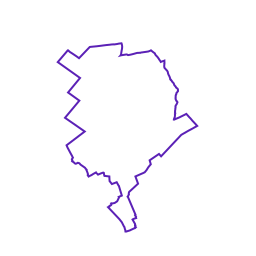 Corod, Galati, Romania, rotated 157°
{"feature_id": "2599482B26209391371274", "entity_name": "Corod", "entity_type": "district", "adm_level": 2, "iso_a3": "ROU", "parent_name": "Romania", "parent_adm1": "Galati", "projection": "equal_earth", "projection_center": [27.618, 45.942], "detail": "fine", "context": "isolated", "style": "outline", "palette": "violet", "viewbox_px": 256, "rotation_deg": 157, "n_neighbors": 0, "source": "geoboundaries", "source_scale": "gbopen_adm2", "svg_char_len": 5311}
<svg xmlns="http://www.w3.org/2000/svg" viewBox="0 0 256 256"><g transform="rotate(157 128 128)"><path d="M191.3,136.1L191.3,133.7L190.8,127.9L190.4,124.0L190.4,123.3L190.3,122.2L190.7,122.0L190.9,121.9L191.1,121.7L191.6,121.4L191.9,121.2L191.9,120.8L191.8,119.8L191.9,119.7L192.2,119.6L192.4,119.5L192.5,119.4L192.4,119.1L192.1,118.7L191.3,117.6L191.2,117.4L191.1,117.1L191.1,116.9L190.7,116.1L190.0,115.5L188.5,115.5L187.8,115.6L187.1,115.0L186.7,114.7L186.5,114.4L186.3,113.9L186.1,113.0L183.4,108.7L183.1,108.2L183.0,107.8L183.0,107.3L182.8,107.0L182.7,106.4L182.5,106.1L182.4,105.6L182.7,105.4L182.7,103.5L182.8,101.9L182.9,101.1L183.1,100.7L183.5,100.4L183.4,99.6L183.2,98.7L182.4,98.8L181.2,98.9L180.1,98.9L177.8,99.3L174.9,99.6L174.9,99.1L174.7,98.7L174.3,98.1L174.0,97.5L173.8,96.8L170.7,96.8L169.2,96.7L168.8,96.7L168.2,96.6L167.8,96.2L168.2,94.5L168.4,93.4L168.4,93.1L167.8,92.8L165.7,91.6L164.1,90.7L165.3,87.5L165.5,86.8L165.7,86.3L165.6,86.0L165.5,85.6L164.7,82.7L159.6,82.5L159.2,78.7L159.0,78.3L160.1,68.2L163.4,68.2L163.3,67.7L165.4,65.8L166.2,65.1L166.6,64.8L166.9,64.7L169.6,64.2L171.6,64.6L172.7,65.1L172.8,65.2L173.1,65.0L173.0,64.8L173.1,64.4L173.2,64.1L173.3,63.9L173.5,63.7L174.2,63.5L174.5,63.5L175.1,63.6L175.3,63.6L175.7,63.4L175.8,63.0L176.4,63.0L177.3,62.9L171.6,47.6L170.5,43.6L170.2,38.8L170.0,38.2L170.3,36.5L170.4,34.9L170.8,33.7L170.2,33.4L166.3,33.0L164.9,33.1L164.7,33.1L161.7,33.2L160.6,33.1L159.9,33.4L160.1,33.6L160.2,34.0L159.4,34.7L159.5,34.9L159.6,35.2L159.7,35.4L159.6,35.7L159.5,35.9L159.2,36.0L159.2,36.4L159.1,36.7L159.0,37.0L159.6,42.0L159.1,42.1L157.3,42.1L155.7,41.9L155.6,42.7L155.5,43.2L155.3,43.3L155.5,44.2L155.6,45.0L155.0,45.2L155.0,64.7L155.2,64.9L155.2,65.0L154.8,65.2L154.2,65.5L153.8,66.0L153.3,66.3L153.1,66.5L153.1,67.0L152.7,67.7L152.4,68.2L151.8,68.8L150.3,69.3L140.5,72.8L140.1,80.5L133.5,80.6L131.3,80.6L130.4,80.7L129.9,80.7L127.4,82.0L124.7,83.9L123.0,84.8L121.6,85.5L121.2,85.7L120.7,89.8L109.6,92.0L108.6,89.0L81.6,100.9L73.3,101.9L69.8,102.2L63.5,102.9L65.4,108.3L65.7,109.0L66.8,112.6L67.3,113.8L68.8,118.2L71.1,118.0L71.6,118.0L73.2,117.9L74.8,117.8L75.3,117.8L76.0,117.7L76.3,117.7L77.9,117.7L79.8,117.7L80.8,117.7L81.4,117.7L82.2,117.7L82.4,117.7L82.5,117.8L81.9,118.6L81.7,118.8L81.4,119.1L81.2,119.3L80.8,119.6L80.2,120.6L79.8,121.3L79.5,121.9L79.4,122.2L79.4,122.4L79.2,122.5L78.9,122.8L78.8,123.0L78.7,123.2L78.7,123.5L78.8,123.7L78.3,124.6L78.2,124.8L78.2,125.0L78.1,125.3L77.9,125.5L77.2,126.6L77.1,126.8L76.9,127.2L76.9,127.3L76.7,127.5L76.5,127.9L76.3,128.1L76.1,128.6L76.1,128.9L76.0,129.1L75.8,129.2L75.7,129.5L75.4,130.0L75.1,130.2L74.9,130.3L74.7,130.4L74.5,130.5L73.8,131.0L73.7,131.1L73.6,131.3L72.9,131.9L72.6,132.1L72.4,132.5L72.4,132.8L72.5,133.1L72.5,133.4L72.7,133.7L72.8,133.9L72.9,134.2L72.8,134.5L72.9,134.9L72.9,135.1L72.9,135.3L72.9,135.5L72.9,135.9L72.8,136.2L72.8,136.3L72.7,136.4L72.6,136.5L72.5,136.9L72.5,137.1L72.4,137.2L72.3,137.4L72.2,137.5L72.0,137.8L72.0,138.0L71.7,138.7L71.6,138.9L71.5,139.1L71.3,139.2L71.2,139.5L71.0,139.8L70.8,140.0L70.5,140.1L70.4,140.2L70.0,140.9L69.8,141.2L69.7,141.3L69.3,141.5L68.9,141.6L68.5,141.9L68.4,142.0L68.2,142.1L68.0,142.3L67.8,142.3L67.7,142.3L67.5,142.5L67.4,142.8L67.3,143.2L67.0,143.9L67.0,144.1L67.0,144.8L67.1,145.1L67.3,145.4L67.6,145.8L67.8,146.2L68.0,146.7L68.0,146.9L67.9,147.4L68.1,148.0L68.3,148.3L68.3,148.5L68.4,148.9L68.5,149.0L68.6,149.4L68.6,149.5L68.6,149.8L68.6,150.1L68.5,150.5L68.5,151.1L68.5,151.4L68.7,151.8L68.9,152.5L69.1,152.9L69.3,153.6L69.2,153.7L69.3,154.1L69.4,154.5L69.6,155.5L69.9,155.6L70.0,156.1L70.1,156.3L70.0,156.5L69.9,156.7L69.9,156.9L69.9,157.1L69.8,157.4L69.8,157.6L69.7,159.2L69.8,160.5L69.9,161.4L69.8,162.2L69.8,162.7L69.6,163.5L69.5,163.9L69.5,164.1L69.5,164.6L69.6,164.9L69.6,165.5L69.8,166.0L70.1,166.7L70.3,167.3L70.4,167.6L70.4,167.8L70.5,168.1L70.7,168.5L70.8,168.7L70.9,169.2L70.8,169.7L70.7,170.2L70.4,171.0L69.6,172.5L69.5,172.9L69.5,173.0L69.4,173.2L69.3,173.3L69.1,173.4L68.2,175.8L68.3,175.8L69.1,175.8L69.7,175.9L71.0,176.0L72.0,176.0L72.0,176.3L72.0,176.5L72.1,176.9L72.3,177.8L72.6,179.3L72.6,179.8L73.0,181.3L73.0,181.6L73.3,182.3L73.3,182.5L73.5,182.9L73.7,183.4L73.9,183.9L74.1,184.6L74.1,184.9L74.2,185.3L74.1,186.1L74.3,186.5L75.2,188.0L76.1,189.7L76.5,190.5L76.9,190.4L79.4,190.5L81.0,190.9L82.9,191.4L84.0,191.7L85.2,192.0L86.2,192.3L86.7,192.4L86.9,192.4L87.1,192.4L87.3,192.4L87.6,192.6L88.0,192.7L89.8,193.4L90.6,193.6L93.7,194.0L95.7,194.3L96.9,194.5L98.3,194.8L99.2,195.0L99.5,195.1L99.7,195.3L99.9,195.6L100.0,195.8L100.5,196.2L101.0,196.4L103.4,197.0L105.0,197.4L105.4,197.5L105.8,197.6L106.5,197.7L106.3,197.8L105.8,198.4L105.5,198.7L105.1,199.3L104.9,199.7L104.4,200.5L104.1,201.0L103.7,201.5L103.6,201.8L103.4,202.1L103.2,202.3L103.1,202.5L102.6,203.2L102.4,203.6L102.1,204.0L102.0,204.4L101.7,204.9L101.5,205.4L101.3,206.1L101.1,206.8L100.9,208.2L100.9,208.5L102.9,209.1L104.1,209.4L104.4,209.4L106.1,209.8L108.3,210.4L108.7,210.7L110.8,211.4L112.3,211.8L115.5,212.8L118.3,213.6L121.2,214.4L125.0,215.5L130.7,217.3L131.6,217.5L145.8,211.4L147.4,214.1L150.2,218.4L151.3,220.0L151.7,220.5L152.3,221.8L152.9,223.0L153.1,223.0L157.9,220.6L163.3,217.9L166.9,216.1L152.6,192.8L169.3,184.1L162.1,172.2L182.0,162.0L169.2,141.7L191.3,136.1Z" fill="none" stroke="#5b21b6" stroke-width="2"/></g></svg>